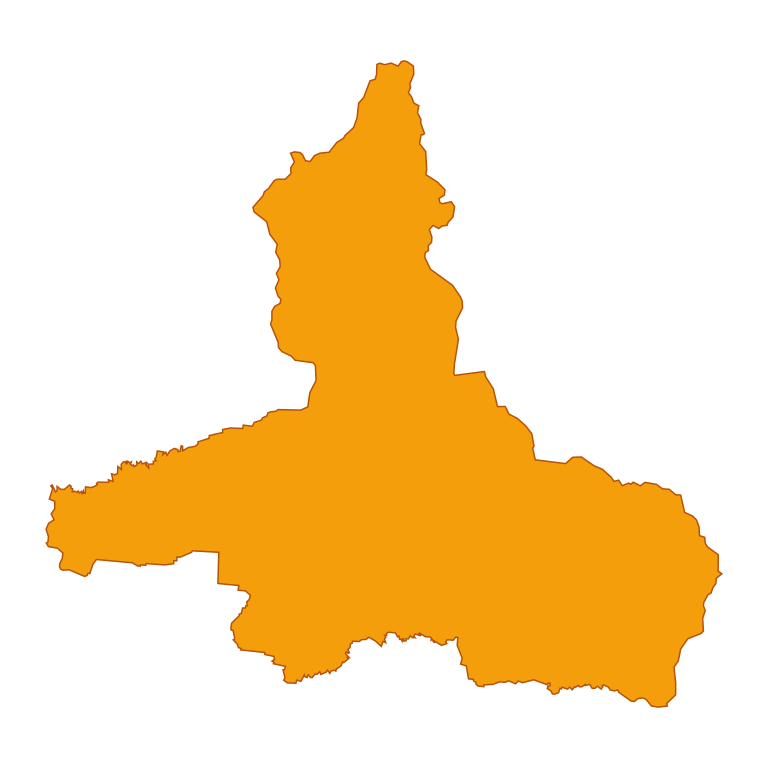 Khuan Kalong, Satun, Thailand
{"feature_id": "78962969B58328685973452", "entity_name": "Khuan Kalong", "entity_type": "district", "adm_level": 2, "iso_a3": "THA", "parent_name": "Thailand", "parent_adm1": "Satun", "projection": "robinson", "projection_center": [100.019, 6.959], "detail": "fine", "context": "isolated", "style": "filled", "palette": "amber", "viewbox_px": 768, "rotation_deg": 0, "n_neighbors": 0, "source": "geoboundaries", "source_scale": "gbopen_adm2", "svg_char_len": 6061}
<svg xmlns="http://www.w3.org/2000/svg" viewBox="0 0 768 768"><path d="M696.5,520.0L692.4,515.9L684.6,512.4L680.7,495.1L675.5,494.7L669.3,489.3L662.5,488.8L656.3,484.3L645.0,482.4L640.3,485.8L633.2,482.2L630.7,484.3L628.7,483.1L622.2,485.7L618.7,480.2L614.0,481.4L611.0,477.0L602.4,469.3L594.1,465.8L581.4,457.0L572.7,457.3L565.6,463.6L535.3,459.8L532.7,448.3L534.0,446.1L531.8,433.7L525.7,425.9L517.5,418.5L509.0,414.1L505.2,406.5L497.5,406.6L493.3,388.8L485.7,376.9L484.4,371.5L454.6,375.4L453.8,373.2L454.6,362.9L458.4,339.3L455.6,327.6L456.0,321.1L462.6,307.8L462.1,300.9L460.5,296.9L452.4,285.2L430.5,269.3L424.7,257.2L425.3,252.6L428.5,250.6L428.2,245.7L431.5,242.4L431.9,237.2L429.3,229.5L433.2,225.4L438.6,228.5L442.5,225.9L447.1,225.4L448.1,222.3L453.0,216.9L454.6,206.7L451.3,201.8L442.3,203.7L439.9,202.7L439.0,198.5L444.4,195.1L444.9,189.7L437.2,181.9L425.7,174.6L426.7,169.7L425.7,151.5L419.6,143.7L421.1,134.8L423.6,134.6L424.4,133.3L420.7,123.1L420.9,119.3L417.5,112.9L418.8,105.7L413.9,103.1L411.4,96.5L408.4,92.8L410.6,87.4L409.8,84.0L413.8,74.1L413.4,66.1L407.4,61.8L404.1,60.9L401.3,61.7L398.1,66.1L391.1,63.1L384.7,64.7L379.8,63.2L376.9,64.4L376.5,74.8L375.1,79.3L370.0,80.8L363.7,97.5L358.7,103.1L357.0,118.1L353.7,127.4L345.0,135.5L343.6,138.2L336.9,142.3L329.2,152.2L319.8,153.2L314.5,155.6L310.1,161.5L305.4,160.7L302.5,154.6L299.9,152.5L294.4,151.9L290.6,153.2L294.4,161.9L290.7,167.8L291.0,173.6L285.2,179.2L277.1,179.2L274.1,180.7L268.3,188.8L264.4,191.7L263.0,195.7L252.9,207.4L254.2,212.0L266.7,221.8L269.9,234.4L277.3,244.3L275.7,252.2L279.7,259.9L280.2,266.7L276.4,273.4L278.9,279.9L275.4,288.0L278.0,296.0L280.9,299.5L280.0,303.4L274.7,306.4L271.9,311.3L271.9,319.7L270.6,324.1L278.2,342.4L278.5,347.6L281.9,351.6L291.4,356.2L295.2,360.3L313.1,362.7L315.4,365.4L316.1,380.4L309.8,392.7L307.8,406.9L300.7,410.1L277.9,409.6L276.1,411.2L270.6,411.8L267.9,412.8L266.8,416.0L262.5,417.8L261.4,420.1L254.1,422.5L252.4,426.3L243.3,425.1L242.7,428.5L230.3,428.0L222.6,429.5L222.7,432.5L209.3,435.5L209.0,438.3L198.1,441.8L197.7,444.4L194.8,446.4L188.3,447.5L182.7,450.8L182.6,446.2L181.2,445.8L180.1,451.2L178.0,451.6L177.8,449.6L174.3,448.4L169.9,450.9L167.0,455.4L165.7,452.1L162.8,454.8L163.5,451.8L157.3,451.0L156.2,457.3L154.8,458.8L156.1,460.7L153.3,461.3L153.4,464.0L148.3,464.2L148.7,467.9L145.7,464.5L147.2,463.5L146.6,462.3L142.3,463.9L140.9,461.2L138.7,463.5L136.7,461.8L136.8,464.9L134.1,466.6L133.4,464.9L132.3,465.6L130.5,464.5L131.3,461.9L129.8,462.8L128.4,461.8L127.4,463.0L127.6,461.2L126.5,461.2L126.2,463.3L124.9,461.6L123.6,461.8L121.2,464.3L121.4,469.5L117.9,466.5L117.5,473.7L114.7,474.8L111.6,473.8L113.1,481.5L108.4,479.8L108.7,482.3L98.0,482.1L96.5,483.4L97.3,484.7L94.6,486.3L91.1,487.6L85.5,486.9L85.2,493.3L83.9,493.2L83.3,490.8L82.1,493.5L81.3,491.5L79.7,493.0L78.2,491.0L77.3,492.5L74.8,491.2L72.3,491.8L72.7,488.8L71.0,488.1L71.0,486.1L69.5,485.0L64.3,489.4L60.7,489.3L57.1,486.4L57.1,490.7L55.5,491.9L52.2,485.0L50.8,485.8L52.6,488.8L49.3,499.1L54.7,501.3L54.8,508.6L51.2,513.9L54.0,519.8L48.6,523.3L46.1,529.2L48.4,536.4L48.0,541.8L46.3,543.1L48.4,546.6L57.5,548.2L62.9,553.1L62.3,558.2L59.8,563.7L59.5,566.8L60.7,569.1L63.0,570.2L69.1,569.8L84.6,576.4L87.1,575.5L88.0,573.2L89.8,573.6L92.9,564.3L96.4,559.5L132.4,562.8L137.7,566.0L140.3,566.1L140.4,564.9L145.8,565.3L146.2,563.6L164.8,564.9L173.7,563.7L173.8,560.7L176.8,560.8L177.0,557.0L180.2,557.2L191.6,552.3L192.3,550.8L218.8,552.3L217.9,583.5L238.8,585.5L238.1,590.2L245.5,590.9L250.4,595.4L249.1,599.6L246.7,601.9L247.3,605.7L245.9,605.8L245.2,608.0L242.6,608.0L241.3,613.4L239.3,614.1L239.2,615.7L231.6,623.2L230.8,628.5L231.3,630.1L233.0,630.3L234.4,636.7L234.5,639.5L233.3,639.9L237.4,644.3L238.4,647.6L241.2,648.5L240.7,649.9L264.8,652.5L264.8,654.5L274.0,656.4L274.4,659.5L272.0,661.1L274.1,662.3L273.4,663.7L285.5,666.4L284.3,669.8L283.0,669.8L285.0,677.9L283.7,680.2L287.3,682.9L295.9,683.2L296.8,680.1L300.9,681.4L304.3,675.0L304.7,676.6L307.1,677.5L308.1,674.7L310.7,677.6L312.2,677.6L315.1,674.0L317.1,674.3L319.7,671.7L320.8,674.5L326.2,672.1L327.4,670.0L329.8,673.4L331.1,671.0L334.3,670.2L335.8,671.1L336.4,669.0L341.1,665.9L342.6,661.9L343.7,662.6L348.3,658.9L347.2,657.5L349.2,657.6L345.4,653.4L346.4,651.8L348.2,653.3L349.4,652.7L347.9,649.6L350.0,647.4L350.4,644.1L352.4,643.0L352.5,641.2L359.4,641.5L361.5,639.7L366.3,639.4L368.6,637.2L375.3,640.9L381.3,646.4L383.0,641.4L385.7,642.7L384.5,639.0L385.8,637.4L384.7,635.3L386.6,635.5L386.6,633.5L388.5,632.2L395.5,632.9L397.5,636.9L399.1,636.2L399.6,639.4L401.2,639.3L402.1,641.0L402.3,638.9L403.4,638.8L403.7,641.1L406.2,640.7L406.0,638.9L408.6,638.8L410.2,635.8L412.2,637.6L415.1,637.7L413.7,636.4L415.2,634.0L421.0,635.9L418.7,633.8L419.3,633.0L425.6,636.8L430.0,636.9L431.3,637.9L431.1,640.2L432.3,639.4L433.6,642.0L434.5,642.3L434.3,641.0L441.6,645.4L446.8,643.6L445.8,641.7L447.2,639.8L453.3,640.2L455.6,637.3L457.8,637.4L457.2,645.4L462.2,658.2L460.6,664.1L466.3,665.9L468.5,678.9L473.4,679.3L473.5,681.0L475.9,682.3L475.9,684.0L477.9,686.0L483.8,686.7L483.8,684.9L492.7,684.4L499.6,681.9L505.5,682.2L508.6,680.8L515.6,683.8L518.2,681.0L522.6,682.7L533.7,679.8L547.7,684.9L548.1,683.0L550.1,683.4L550.0,685.8L547.7,686.7L547.3,688.7L550.9,690.9L552.4,693.9L554.7,694.1L558.5,692.8L560.0,688.3L561.4,688.9L562.1,687.2L567.4,689.1L569.9,687.2L572.2,689.8L574.6,686.8L575.7,687.2L578.2,685.3L579.4,686.8L581.9,686.7L585.3,684.5L585.4,685.5L589.7,684.4L592.2,688.4L595.1,688.2L597.2,686.2L601.3,689.1L602.9,686.6L602.3,685.5L603.8,684.9L608.5,687.2L610.2,690.0L614.6,690.9L617.7,689.9L618.8,692.3L631.1,701.1L634.3,701.5L637.9,698.6L642.9,697.9L646.2,699.5L651.4,706.0L658.1,707.1L667.2,706.1L666.8,703.3L675.6,695.0L675.7,683.2L674.0,667.2L678.3,660.9L680.7,648.9L687.8,638.8L700.9,633.5L703.4,631.2L702.7,618.5L705.2,610.5L703.5,606.1L703.7,602.7L707.9,594.8L711.0,593.1L712.8,587.8L715.8,583.7L716.4,578.2L721.9,573.8L718.1,571.1L718.3,554.8L707.4,546.8L705.2,543.1L704.8,537.3L699.6,535.7L699.0,526.8L696.5,520.0Z" fill="#f59e0b" stroke="#b45309" stroke-width="1.5"/></svg>